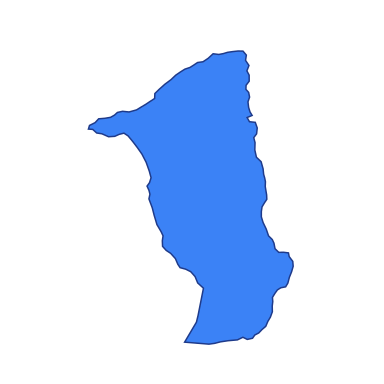 outline of Mampituba, Rio Grande do Sul, Brazil, rotated 102°
{"feature_id": "56859067B96169030602258", "entity_name": "Mampituba", "entity_type": "district", "adm_level": 2, "iso_a3": "BRA", "parent_name": "Brazil", "parent_adm1": "Rio Grande do Sul", "projection": "robinson", "projection_center": [-50.01, -29.274], "detail": "fine", "context": "isolated", "style": "filled", "palette": "blue", "viewbox_px": 384, "rotation_deg": 102, "n_neighbors": 0, "source": "geoboundaries", "source_scale": "gbopen_adm2", "svg_char_len": 1882}
<svg xmlns="http://www.w3.org/2000/svg" viewBox="0 0 384 384"><g transform="rotate(102 192 192)"><path d="M148.2,306.1L152.0,306.4L151.4,302.1L154.1,297.5L153.8,292.2L155.3,285.1L153.6,279.1L150.8,275.3L148.6,270.8L150.4,266.2L155.0,260.4L159.9,254.7L165.3,248.9L172.5,243.0L180.5,238.1L186.6,235.0L191.7,235.5L195.6,237.2L199.4,234.4L202.9,232.7L207.7,232.7L215.7,227.6L222.6,224.2L231.2,219.5L237.2,214.0L240.9,211.2L245.8,210.9L251.3,209.5L254.5,205.1L256.4,200.2L260.6,194.4L265.7,190.8L268.5,187.9L268.8,182.2L270.2,176.7L274.1,171.4L279.8,167.5L283.7,160.8L311.6,160.4L318.4,160.6L340.4,168.0L337.3,143.8L335.3,138.3L332.7,133.1L330.0,125.9L327.2,116.8L323.5,112.0L324.7,107.3L322.5,102.4L318.8,100.8L316.0,97.4L312.1,95.0L308.0,91.9L302.8,90.9L298.1,89.3L292.4,88.5L286.9,89.8L282.4,90.2L278.4,91.4L273.9,89.8L270.0,88.1L267.2,85.2L265.3,80.7L261.2,79.3L255.1,79.0L249.4,78.0L243.6,77.6L238.9,79.0L235.0,83.5L231.5,85.0L231.9,89.8L233.0,94.6L230.2,99.0L225.0,101.2L221.8,103.6L219.0,108.0L212.8,111.7L207.1,116.1L201.9,119.0L196.7,120.1L192.0,120.4L187.6,118.9L183.6,117.3L179.3,118.4L175.0,120.1L171.4,121.5L166.7,122.3L163.2,123.8L159.8,125.6L154.5,127.3L148.0,130.7L144.6,136.2L137.8,139.3L130.6,140.6L126.0,142.9L121.7,140.9L115.8,141.5L110.7,144.6L111.3,150.4L107.7,153.6L104.6,149.1L101.6,151.9L97.5,154.2L92.2,156.0L87.2,155.4L82.8,157.3L80.4,160.6L76.4,161.3L71.7,159.1L65.8,160.4L62.1,163.5L56.4,162.6L52.1,167.0L46.8,167.3L43.6,171.4L44.5,176.2L46.2,181.4L48.0,186.3L50.1,190.1L51.9,194.4L52.4,200.1L57.9,204.0L62.3,208.3L64.2,213.5L67.8,217.0L70.6,219.9L73.3,224.5L77.0,228.3L81.1,232.2L86.6,236.0L92.3,241.0L98.3,245.4L103.4,248.8L108.3,248.0L112.3,252.0L115.8,255.4L119.3,259.2L123.2,263.3L126.8,270.2L127.5,276.7L129.7,281.5L132.9,283.8L135.9,287.2L138.0,292.5L139.8,298.5L144.3,301.2L148.2,306.1Z" fill="#3b82f6" stroke="#1e3a8a" stroke-width="1.5"/></g></svg>